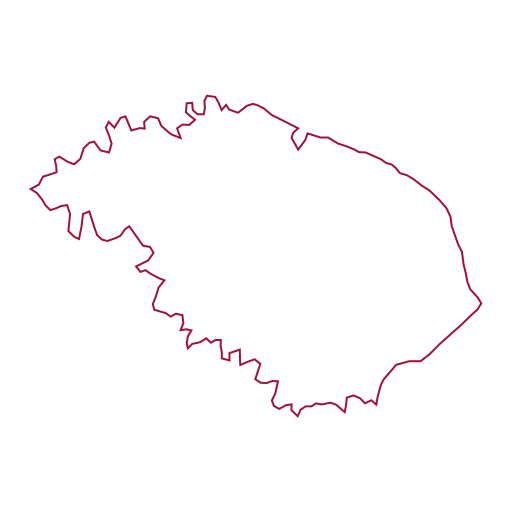 outline of Ouro Verde do Oeste, Paraná, Brazil
{"feature_id": "56859067B29282085628082", "entity_name": "Ouro Verde do Oeste", "entity_type": "district", "adm_level": 2, "iso_a3": "BRA", "parent_name": "Brazil", "parent_adm1": "Paraná", "projection": "robinson", "projection_center": [-53.938, -24.799], "detail": "fine", "context": "isolated", "style": "outline", "palette": "rose", "viewbox_px": 512, "rotation_deg": 0, "n_neighbors": 0, "source": "geoboundaries", "source_scale": "gbopen_adm2", "svg_char_len": 2505}
<svg xmlns="http://www.w3.org/2000/svg" viewBox="0 0 512 512"><path d="M30.7,189.0L36.9,193.0L42.5,200.1L45.3,205.2L50.4,210.1L55.7,208.4L61.3,206.0L67.1,205.1L70.1,214.2L69.2,222.5L68.4,231.1L74.4,236.9L79.0,239.0L81.5,226.6L83.0,214.0L89.3,211.4L94.7,228.4L97.2,235.2L102.0,239.6L107.3,241.0L115.6,238.1L120.5,235.7L125.2,229.0L129.3,226.3L143.0,245.7L150.0,246.9L153.5,252.8L148.3,260.4L136.1,266.4L140.4,271.9L145.5,270.2L150.5,273.7L158.8,278.1L164.4,280.3L158.6,287.5L155.9,296.3L152.8,304.2L154.3,309.8L165.7,313.1L170.7,316.6L175.9,313.7L182.4,315.2L183.4,323.0L180.6,330.1L186.4,329.3L191.4,330.4L187.9,336.3L186.7,342.8L187.9,348.3L192.2,343.9L200.1,342.2L206.2,338.3L210.9,342.7L215.5,340.0L220.8,340.0L220.6,346.0L221.8,352.2L221.8,358.4L229.5,360.4L229.4,353.1L239.8,349.6L240.0,358.6L240.3,365.0L247.6,361.8L254.7,359.3L260.3,363.9L257.7,371.8L255.3,379.2L260.8,382.8L266.8,383.0L272.4,381.0L278.0,381.3L275.2,393.7L271.9,400.4L273.9,405.9L279.2,408.9L286.1,405.1L291.6,404.4L291.4,410.1L297.7,416.2L300.5,409.8L305.7,406.3L311.6,406.3L315.9,403.4L322.0,404.4L330.5,402.7L336.0,404.6L344.7,412.1L346.0,405.7L346.8,397.7L353.5,395.4L360.1,398.3L364.9,403.3L371.3,400.3L376.3,404.6L377.6,396.9L380.9,384.9L383.8,379.2L389.6,372.5L396.2,364.8L409.4,361.2L420.6,361.2L429.9,353.9L439.5,344.2L452.6,332.5L461.5,324.6L471.9,314.5L477.4,309.6L481.3,303.4L477.7,297.5L470.2,289.2L467.3,281.6L465.6,272.4L463.6,264.5L462.0,251.9L458.2,244.6L451.7,226.0L450.5,216.9L446.6,208.4L439.5,200.1L429.4,190.4L421.6,185.5L413.7,179.3L406.9,175.2L399.9,173.1L395.5,167.7L391.3,164.3L386.2,163.0L380.9,159.2L365.7,152.5L358.9,152.1L354.4,149.5L346.5,146.3L338.1,143.6L328.1,137.5L320.4,137.5L307.6,133.4L305.2,140.1L298.2,149.6L291.6,138.0L293.1,132.8L298.2,128.3L283.8,121.0L271.6,114.9L263.8,108.4L258.0,105.4L252.9,103.9L247.1,105.7L238.0,112.7L229.2,109.6L226.1,104.9L221.6,110.1L218.8,103.1L215.3,96.9L206.9,95.8L204.4,101.0L204.9,108.0L203.8,114.3L197.5,114.2L192.8,110.1L192.2,102.9L186.7,103.3L185.9,112.3L190.2,116.0L195.0,119.8L189.3,124.9L182.4,124.6L177.1,128.3L180.6,138.0L171.5,134.5L167.5,131.3L161.4,126.0L158.1,118.3L150.2,116.3L144.1,121.9L144.7,128.6L139.7,128.1L131.3,130.4L125.5,116.4L120.5,117.9L114.4,127.7L108.8,121.9L105.8,127.5L109.2,136.0L111.6,143.6L109.0,152.5L100.5,150.4L94.1,141.6L89.3,142.8L83.8,148.1L80.3,158.9L74.2,164.3L67.9,161.9L59.3,156.6L54.7,159.2L56.2,166.0L56.6,172.2L49.0,174.8L43.0,176.6L38.8,184.6L30.7,189.0Z" fill="none" stroke="#9f1239" stroke-width="2"/></svg>